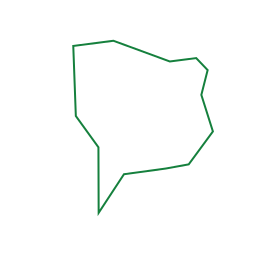 the district of Salem, Virginia, United States of America, rotated 291°
{"feature_id": "52423323B60033050507603", "entity_name": "Salem", "entity_type": "district", "adm_level": 2, "iso_a3": "USA", "parent_name": "United States of America", "parent_adm1": "Virginia", "projection": "equal_earth", "projection_center": [-80.053, 37.288], "detail": "fine", "context": "isolated", "style": "outline", "palette": "green", "viewbox_px": 256, "rotation_deg": 291, "n_neighbors": 0, "source": "geoboundaries", "source_scale": "gbopen_adm2", "svg_char_len": 327}
<svg xmlns="http://www.w3.org/2000/svg" viewBox="0 0 256 256"><g transform="rotate(291 128 128)"><path d="M204.2,83.1L185.0,47.5L120.5,75.0L99.4,107.3L38.3,131.0L83.4,140.8L103.7,177.8L115.8,197.7L155.2,208.5L185.2,184.6L210.6,181.6L217.7,166.6L205.1,143.2L204.2,83.1Z" fill="none" stroke="#15803d" stroke-width="2"/></g></svg>